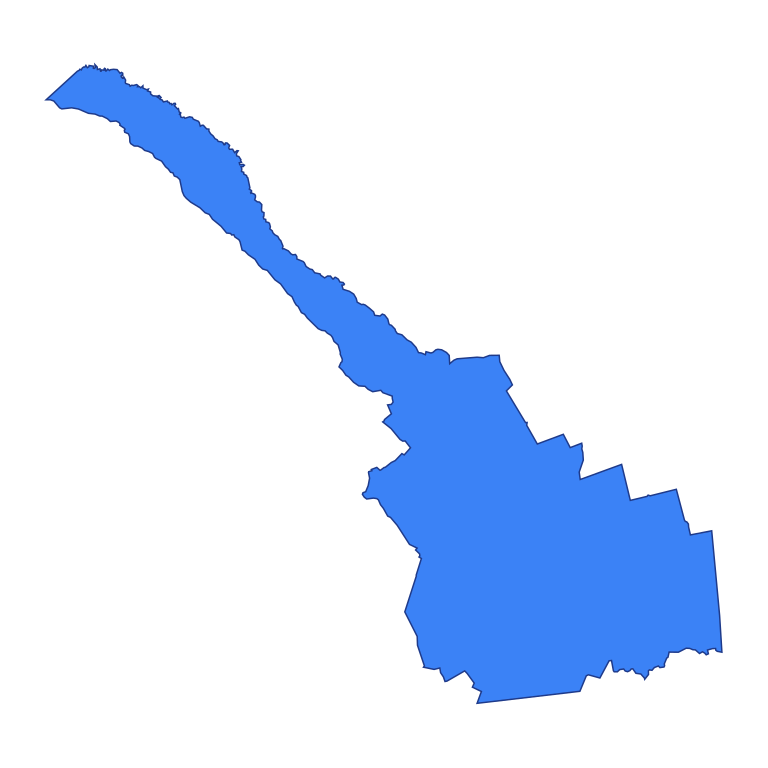 Movilita, Vrancea, Romania (Albers equal-area conic projection)
{"feature_id": "2599482B70514991370639", "entity_name": "Movilita", "entity_type": "district", "adm_level": 2, "iso_a3": "ROU", "parent_name": "Romania", "parent_adm1": "Vrancea", "projection": "albers", "projection_center": [27.063, 45.987], "detail": "fine", "context": "isolated", "style": "filled", "palette": "blue", "viewbox_px": 768, "rotation_deg": 0, "n_neighbors": 0, "source": "geoboundaries", "source_scale": "gbopen_adm2", "svg_char_len": 6029}
<svg xmlns="http://www.w3.org/2000/svg" viewBox="0 0 768 768"><path d="M581.7,443.2L570.2,447.6L563.3,434.3L537.3,444.0L526.7,425.3L527.1,422.5L525.6,422.6L524.9,421.6L506.4,390.9L512.4,384.9L509.8,379.4L504.0,370.4L499.8,361.7L499.2,355.3L489.6,355.4L483.4,357.7L477.1,357.2L457.1,358.8L453.9,360.2L449.7,363.7L449.2,355.4L446.5,352.5L441.7,349.8L437.9,349.3L435.9,349.8L432.9,352.4L430.9,353.0L426.0,351.7L425.4,354.7L421.4,353.0L418.5,352.6L416.0,347.4L411.3,342.2L407.1,339.9L401.9,334.8L397.3,333.5L395.5,330.9L395.1,329.2L391.4,325.3L389.6,324.7L388.9,323.7L387.8,319.1L384.6,315.0L382.3,314.1L380.0,316.0L374.7,315.3L373.6,311.9L369.3,308.1L365.2,305.0L363.2,304.3L361.6,304.6L357.2,302.2L356.2,298.4L353.7,294.1L349.4,291.3L343.1,289.3L341.9,285.2L343.8,285.0L344.4,284.1L343.1,282.5L339.9,282.0L338.3,279.1L335.5,277.3L334.5,277.5L333.6,278.9L332.7,278.9L330.5,276.1L327.6,276.0L324.6,277.9L320.7,275.2L320.1,273.9L314.7,272.8L312.3,269.6L309.8,269.0L306.1,266.5L304.3,262.7L303.1,261.5L296.9,259.0L296.8,256.5L295.5,254.5L292.7,254.8L291.0,253.9L288.4,250.9L283.9,248.7L282.8,248.9L282.4,248.3L283.0,246.2L280.7,240.5L279.4,239.4L277.8,236.4L274.7,234.7L272.8,232.6L272.3,230.9L269.8,228.8L270.4,226.9L269.5,223.5L268.7,222.6L265.9,221.8L265.7,219.4L263.8,218.9L263.3,216.9L263.9,216.1L264.0,212.6L262.1,211.8L261.5,210.1L261.8,204.6L259.5,202.1L257.2,201.8L254.7,199.8L255.5,197.0L255.4,195.4L254.7,194.3L251.7,193.0L250.9,193.3L250.6,192.3L251.5,191.6L251.5,190.6L249.3,189.1L249.9,187.8L247.8,177.8L247.1,177.3L246.5,175.5L243.8,174.1L243.7,172.3L241.5,171.5L241.8,168.9L241.1,166.7L243.1,166.6L244.4,165.2L243.1,164.4L239.7,164.7L239.3,162.7L241.5,162.2L240.6,160.6L240.9,159.7L238.9,156.6L236.7,155.9L236.4,153.7L238.2,150.8L237.0,150.6L234.6,152.6L232.6,149.2L229.5,149.3L228.7,147.9L229.6,145.4L227.1,143.0L225.6,142.9L225.1,143.3L225.1,144.5L224.1,144.8L222.9,142.8L221.7,141.9L218.2,141.4L217.2,139.8L215.0,138.7L213.1,135.9L210.7,133.9L208.9,131.1L208.9,129.1L206.6,128.9L203.4,125.3L202.1,125.2L200.3,126.2L199.3,122.7L198.4,121.3L193.3,119.2L192.3,117.4L189.6,116.8L184.9,118.3L184.0,117.1L182.3,117.6L180.8,117.0L180.4,114.8L179.5,114.4L179.9,113.4L180.5,113.6L180.8,112.9L179.2,111.9L178.4,108.6L177.6,109.0L174.4,105.7L175.6,104.4L175.3,103.4L174.1,103.3L171.9,104.8L171.1,103.5L169.7,103.7L169.2,102.4L167.7,102.0L167.4,101.0L163.4,101.9L162.1,99.9L160.1,99.4L160.0,98.7L161.1,97.5L159.2,95.5L158.3,95.8L158.5,97.8L157.1,97.0L156.9,96.1L152.9,95.8L150.6,93.9L150.6,92.0L147.6,91.0L148.4,89.1L146.7,89.7L143.0,88.1L142.9,85.8L140.8,87.8L139.4,86.6L137.5,86.7L138.0,85.6L136.7,84.6L133.3,85.5L131.8,85.2L130.1,86.2L129.4,84.7L125.6,83.4L125.3,82.5L125.6,80.1L123.9,77.1L123.4,77.2L123.3,78.2L122.6,78.3L121.3,76.9L121.1,76.1L121.6,75.2L122.8,75.6L122.7,73.2L121.5,72.4L120.0,73.2L117.1,69.6L113.5,69.3L110.4,69.7L109.5,70.5L107.8,69.1L106.3,70.9L105.7,70.9L105.4,68.8L104.6,68.3L104.0,69.0L104.0,70.2L101.6,69.9L101.1,71.2L100.6,71.2L100.0,68.8L97.4,69.5L97.2,67.0L95.0,64.7L95.4,67.5L94.0,68.5L93.3,68.2L93.5,66.2L89.1,65.5L88.9,66.7L87.3,67.7L85.9,65.4L84.8,67.1L83.6,67.0L82.2,68.1L81.3,69.9L79.9,69.2L79.2,70.3L77.4,71.2L46.1,99.8L50.3,99.8L53.8,101.0L59.6,107.8L61.8,108.9L71.6,107.8L78.4,109.0L88.4,113.3L95.1,114.1L99.6,116.0L102.2,116.1L107.4,118.7L110.4,121.5L116.1,121.0L119.0,122.5L120.1,124.2L119.8,125.2L124.7,128.5L125.0,129.4L124.3,130.2L124.7,132.2L128.4,133.8L129.6,136.6L129.9,141.9L130.7,143.6L134.2,146.0L137.9,146.1L142.0,148.0L144.6,150.4L148.8,151.6L152.6,153.5L154.5,157.2L155.9,158.4L161.6,161.1L165.5,166.7L168.3,169.1L170.6,172.3L172.9,172.8L174.3,176.0L177.2,177.1L179.8,179.6L182.3,191.6L184.0,195.6L186.3,198.3L190.8,202.2L200.0,207.8L205.2,212.8L209.3,214.4L212.5,219.2L221.1,226.3L226.6,233.0L230.6,233.5L231.7,235.0L233.8,234.7L234.8,236.9L238.9,239.7L240.0,241.6L242.1,250.1L244.9,251.2L248.4,254.8L255.0,259.3L258.7,265.1L262.7,269.0L267.3,270.4L274.9,279.8L280.6,283.9L287.6,293.6L292.0,296.7L294.4,302.0L296.3,305.1L298.1,306.4L301.4,312.6L304.6,314.3L307.3,318.0L318.2,328.7L321.8,330.4L325.0,330.8L327.3,333.1L330.9,335.3L332.5,337.5L334.0,341.4L338.1,344.9L340.3,352.3L340.2,354.2L342.3,359.2L342.0,361.7L340.9,362.6L339.0,366.9L342.7,370.5L345.9,375.2L348.7,376.9L353.6,382.3L358.8,385.9L365.0,386.3L368.1,389.3L372.7,391.7L380.8,390.3L382.9,392.7L392.2,396.1L392.3,398.6L393.1,402.0L391.4,404.4L387.6,404.9L391.4,413.8L384.5,419.5L384.3,420.7L382.7,421.9L391.1,428.6L400.0,439.4L402.7,441.1L405.2,441.0L410.5,447.8L404.2,454.9L401.9,453.6L395.2,460.6L391.3,462.5L385.3,467.3L384.1,467.5L380.6,470.1L380.0,470.3L376.8,467.4L371.3,469.5L371.9,470.7L368.7,471.7L368.5,472.6L369.6,478.2L368.2,485.6L365.7,491.7L363.0,492.7L362.4,494.3L364.3,497.2L366.7,499.0L373.4,498.1L376.8,498.6L378.4,499.8L380.5,504.7L383.4,508.4L387.7,516.1L390.5,517.4L397.2,525.3L409.5,544.4L417.1,548.1L415.6,550.0L419.6,553.9L419.8,556.0L419.0,557.0L421.4,558.5L416.2,575.1L416.3,576.1L404.8,611.9L417.2,636.4L417.5,645.3L424.4,665.9L423.5,667.2L434.1,669.4L439.8,668.0L440.6,672.7L443.4,676.9L445.0,681.5L447.0,681.1L464.7,670.9L467.2,673.5L474.2,683.1L472.4,687.2L481.4,691.5L477.1,703.3L579.9,691.3L586.3,675.8L588.4,674.8L599.9,678.0L609.1,660.8L611.5,660.5L613.4,670.7L614.2,671.8L617.4,671.8L619.7,669.6L623.7,669.0L625.2,671.0L627.6,671.7L629.9,670.6L631.2,669.0L632.8,668.8L635.9,673.3L640.8,674.0L644.4,678.0L644.7,679.3L648.5,674.5L648.4,670.8L649.4,669.9L652.0,670.3L654.4,667.5L658.4,666.0L659.9,667.6L664.0,667.0L664.6,665.8L664.3,663.9L666.7,658.1L668.0,657.2L669.1,652.1L678.4,652.2L686.2,648.2L689.8,648.4L692.8,649.7L695.4,649.9L699.5,653.5L702.5,651.8L704.7,653.1L706.2,654.8L708.4,653.8L707.5,650.0L712.5,648.6L715.6,648.5L715.8,650.2L717.2,651.3L721.9,652.2L719.6,615.4L711.7,530.8L690.4,534.9L688.6,527.1L688.4,524.0L686.8,521.9L685.3,521.4L684.4,519.9L676.3,489.3L650.2,495.8L648.1,495.1L647.0,496.4L630.3,500.4L621.6,464.4L580.2,479.5L579.2,472.1L583.3,460.1L582.8,452.4L581.8,448.9L582.2,446.1L581.7,443.2Z" fill="#3b82f6" stroke="#1e3a8a" stroke-width="1.5"/></svg>